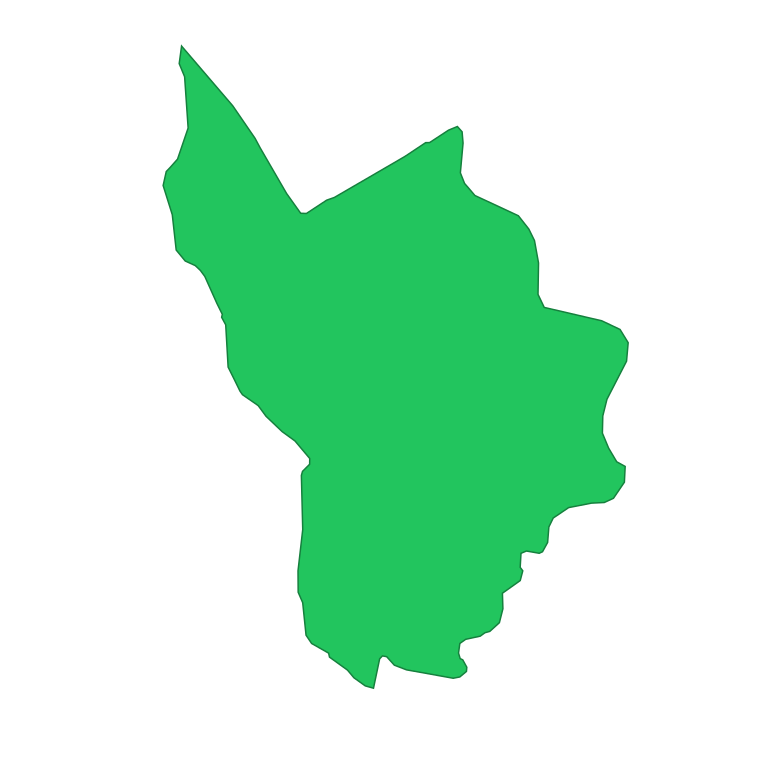 outline of Santa Catarina Pinula, Guatemala, rotated 279°
{"feature_id": "79465075B31337947825966", "entity_name": "Santa Catarina Pinula", "entity_type": "district", "adm_level": 2, "iso_a3": "GTM", "parent_name": "Guatemala", "parent_adm1": "", "projection": "albers", "projection_center": [-90.471, 14.567], "detail": "fine", "context": "isolated", "style": "filled", "palette": "green", "viewbox_px": 768, "rotation_deg": 279, "n_neighbors": 0, "source": "geoboundaries", "source_scale": "gbopen_adm2", "svg_char_len": 1535}
<svg xmlns="http://www.w3.org/2000/svg" viewBox="0 0 768 768"><g transform="rotate(279 384 384)"><path d="M571.2,490.4L584.4,444.3L589.9,437.9L594.7,432.2L604.5,426.4L634.3,424.4L645.3,421.7L649.8,416.2L644.8,408.0L629.6,391.3L628.9,387.4L611.9,368.9L560.5,305.8L556.6,298.6L540.3,280.7L539.6,275.0L556.9,258.0L597.8,224.8L606.5,218.2L635.1,191.1L686.1,131.2L668.4,131.6L656.3,139.0L606.2,150.5L573.8,144.9L564.4,138.9L559.8,135.7L545.5,134.8L518.1,148.4L483.8,157.8L474.4,168.4L471.4,179.1L467.5,184.8L462.2,190.2L437.7,206.2L427.5,213.4L424.5,213.2L417.7,218.4L376.3,227.4L365.1,235.4L354.4,242.9L351.3,245.9L343.0,263.1L333.6,272.6L321.0,290.9L313.8,305.0L298.8,322.3L293.1,323.1L285.0,317.2L280.8,316.7L227.5,326.5L186.0,328.3L164.9,331.8L155.3,337.9L123.7,346.3L116.4,353.1L109.5,371.4L105.7,372.9L95.7,392.7L89.1,400.3L82.9,412.7L81.9,421.2L111.9,422.7L115.2,425.0L115.1,429.3L107.9,438.2L105.2,450.9L104.2,498.4L106.5,504.7L113.0,510.4L117.2,510.1L123.9,504.9L124.7,502.2L129.9,499.7L139.6,499.5L144.6,504.6L150.0,518.5L154.1,522.6L156.2,527.2L166.3,535.3L180.6,536.6L195.9,533.7L199.4,537.3L211.2,549.3L221.2,550.3L224.2,547.2L238.2,545.8L241.3,550.8L241.1,563.8L243.1,566.8L253.1,570.4L268.6,569.2L278.1,572.1L290.8,585.7L298.8,607.6L301.4,620.1L307.0,628.5L324.6,636.8L340.3,635.1L343.6,626.0L355.8,615.9L369.6,607.4L386.7,605.1L403.8,606.6L444.5,620.0L463.0,618.7L474.8,608.6L480.5,589.2L484.7,530.3L496.6,522.1L527.7,517.7L549.2,510.2L559.7,502.8L571.2,490.4Z" fill="#22c55e" stroke="#15803d" stroke-width="1.5"/></g></svg>